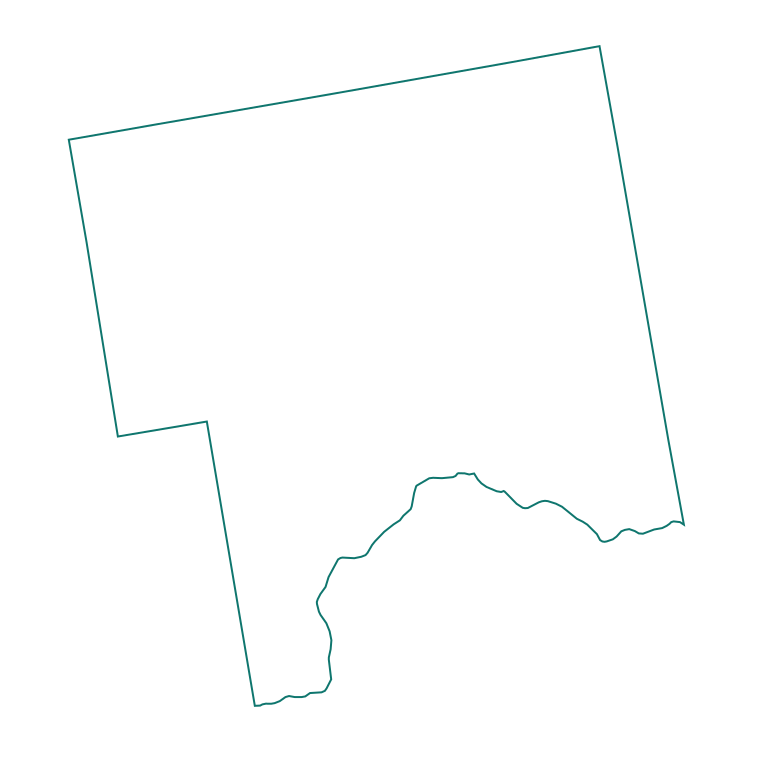 the district of Polk, Wisconsin, United States of America, rotated 260°
{"feature_id": "52423323B37723484890273", "entity_name": "Polk", "entity_type": "district", "adm_level": 2, "iso_a3": "USA", "parent_name": "United States of America", "parent_adm1": "Wisconsin", "projection": "equal_earth", "projection_center": [-92.71, 45.469], "detail": "fine", "context": "isolated", "style": "outline", "palette": "teal", "viewbox_px": 768, "rotation_deg": 260, "n_neighbors": 0, "source": "geoboundaries", "source_scale": "gbopen_adm2", "svg_char_len": 1506}
<svg xmlns="http://www.w3.org/2000/svg" viewBox="0 0 768 768"><g transform="rotate(260 384 384)"><path d="M203.4,564.6L199.2,567.6L192.8,569.7L191.0,571.7L190.3,573.8L190.3,576.0L191.3,582.4L193.4,586.6L197.7,592.1L198.5,595.9L198.5,600.3L195.6,605.5L192.6,609.0L191.6,613.0L193.8,624.8L193.8,632.9L195.2,637.7L196.7,640.9L198.1,642.9L198.4,645.4L196.6,651.5L193.4,654.9L279.4,654.3L576.3,655.2L679.3,654.9L678.8,565.6L678.7,385.3L679.2,205.5L679.3,116.0L575.1,115.7L378.5,112.8L377.8,203.0L89.5,200.9L88.8,206.2L89.6,208.6L89.7,212.1L88.7,217.3L88.7,220.9L89.8,226.3L92.8,232.6L93.2,236.3L91.2,241.7L90.0,248.3L90.0,252.2L92.5,257.5L91.2,269.0L92.1,272.5L94.2,274.6L102.3,280.7L122.2,281.8L124.3,282.2L132.1,285.4L140.8,287.7L149.9,287.5L158.4,285.7L167.6,281.4L171.1,280.4L179.0,279.8L181.0,280.0L183.6,281.4L188.2,284.9L194.3,291.2L203.5,295.9L219.2,308.3L220.2,310.9L220.3,312.9L217.6,324.5L217.8,331.6L218.7,336.1L220.6,338.5L227.5,344.3L230.6,347.8L238.4,358.5L244.1,369.1L247.0,376.0L250.9,380.2L256.1,388.5L258.6,390.0L271.5,394.8L277.7,397.9L278.3,398.7L283.3,412.2L283.1,416.1L281.2,424.7L280.3,435.7L281.0,438.5L283.0,440.8L283.2,441.9L282.0,447.9L280.1,452.2L280.2,457.2L273.7,459.8L269.2,462.7L264.8,467.1L260.6,473.6L258.8,476.4L257.3,480.6L257.8,483.3L257.0,484.2L243.0,493.8L238.0,499.1L237.2,501.3L236.9,504.1L240.6,515.9L241.1,519.1L241.0,522.2L240.2,525.0L236.3,532.5L232.2,538.0L217.8,550.5L213.9,555.8L210.2,559.8L203.4,564.6Z" fill="none" stroke="#0f766e" stroke-width="2"/></g></svg>